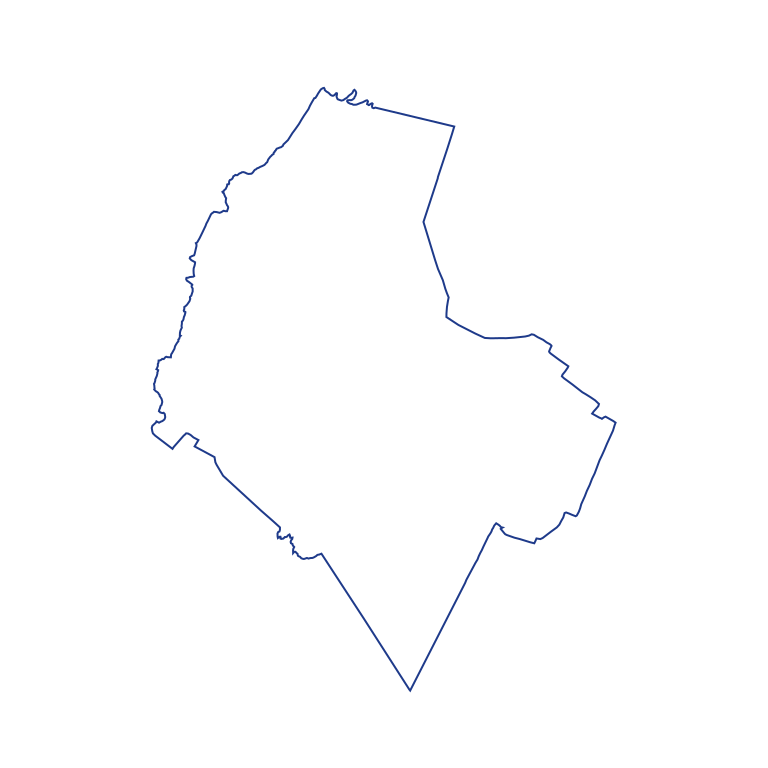 outline of Thma Koul, Batdâmbâng, Cambodia, rotated 297°
{"feature_id": "14789045B92416650165307", "entity_name": "Thma Koul", "entity_type": "district", "adm_level": 2, "iso_a3": "KHM", "parent_name": "Cambodia", "parent_adm1": "Batdâmbâng", "projection": "orthographic", "projection_center": [103.109, 13.249], "detail": "fine", "context": "isolated", "style": "outline", "palette": "blue", "viewbox_px": 768, "rotation_deg": 297, "n_neighbors": 0, "source": "geoboundaries", "source_scale": "gbopen_adm2", "svg_char_len": 6166}
<svg xmlns="http://www.w3.org/2000/svg" viewBox="0 0 768 768"><g transform="rotate(297 384 384)"><path d="M230.2,225.0L232.3,225.2L247.2,229.0L248.2,229.5L250.2,230.1L250.9,231.9L250.8,234.8L249.9,238.5L249.8,244.1L242.4,243.6L241.9,266.2L237.7,269.3L236.1,271.4L229.2,282.3L215.4,331.8L211.7,346.4L209.9,353.1L209.0,356.4L206.8,357.5L205.1,357.8L204.0,356.9L202.4,357.0L199.7,358.5L198.6,359.4L200.4,360.2L200.9,361.1L200.2,361.7L199.3,361.9L199.3,362.8L200.6,364.5L202.6,365.1L203.0,366.0L203.9,366.8L205.8,367.3L207.0,368.1L206.2,369.1L205.2,369.6L204.5,370.4L205.6,372.2L204.2,372.6L202.5,372.2L200.9,372.5L199.9,373.4L199.9,375.1L199.2,375.6L198.7,376.2L198.0,378.0L195.9,378.0L194.5,378.5L192.1,379.8L193.7,380.2L194.3,381.3L193.6,383.1L193.5,384.0L192.8,384.5L191.9,385.3L191.8,386.3L191.9,387.7L191.2,389.4L191.3,390.4L191.5,391.5L192.0,392.4L194.0,394.3L194.2,396.0L195.4,397.3L196.6,399.3L197.8,400.3L200.0,401.7L201.4,402.2L202.0,402.8L202.4,403.5L204.4,405.3L165.6,472.9L123.2,545.4L122.7,546.5L243.6,546.6L246.9,546.3L266.3,546.7L270.1,547.0L273.5,546.6L277.0,546.5L280.3,546.6L284.2,546.4L293.7,546.2L295.4,546.1L299.2,546.6L301.4,546.7L303.5,546.4L305.1,546.6L307.9,546.5L310.8,547.2L310.6,549.7L310.3,551.4L309.7,552.8L309.6,553.6L309.9,554.8L308.8,554.1L307.9,553.8L305.6,559.1L305.2,560.2L305.2,562.0L306.3,570.1L307.5,575.4L309.4,586.3L310.3,590.2L312.4,590.2L315.6,590.0L316.8,593.7L318.8,595.3L328.0,599.7L334.7,603.1L338.3,604.1L342.3,604.1L346.5,604.3L351.0,603.5L352.2,604.6L352.6,607.7L352.8,611.1L353.2,614.8L354.4,615.5L358.6,615.6L362.2,615.2L366.5,614.3L375.0,613.9L380.8,613.3L387.5,613.1L394.0,612.4L400.0,612.3L413.9,610.7L419.1,610.6L425.3,610.3L431.9,609.8L439.2,609.5L446.4,609.2L451.9,608.2L454.7,607.9L455.1,605.1L455.5,596.2L454.0,595.0L451.9,594.0L452.0,592.9L451.8,591.1L452.1,582.9L454.8,583.3L457.7,584.1L461.5,585.0L463.8,584.6L465.3,579.5L466.0,573.9L466.5,568.2L466.7,564.5L469.1,552.2L470.8,541.8L471.6,539.0L473.4,538.8L477.5,539.7L482.1,540.3L483.5,540.2L485.1,528.9L486.8,518.8L487.3,517.1L488.0,516.3L491.8,516.0L494.0,516.0L494.4,515.3L494.8,513.6L494.9,509.9L495.6,505.8L495.5,499.7L495.9,495.2L495.3,493.0L492.9,491.2L490.4,488.2L484.3,478.8L480.2,471.9L478.1,467.6L473.3,458.6L470.8,452.9L470.4,442.5L470.4,423.5L472.0,409.2L475.5,407.5L481.3,405.1L486.9,403.3L490.5,402.3L493.5,398.8L496.7,395.4L503.2,389.3L511.0,379.9L517.7,373.2L546.3,345.6L591.8,338.5L592.8,338.1L622.3,333.6L637.5,331.1L645.3,329.7L626.3,250.7L625.1,249.7L624.9,248.2L626.1,247.1L628.5,246.7L628.7,245.9L627.9,245.2L627.0,244.6L626.0,244.3L625.5,243.6L625.8,242.7L625.7,241.9L626.6,241.6L627.8,241.6L628.6,241.4L629.1,240.1L628.4,239.3L626.9,238.2L625.2,237.0L623.7,235.5L620.5,232.7L619.6,231.3L618.9,229.9L618.9,228.3L618.4,226.8L618.4,225.8L618.4,224.5L618.7,223.6L619.3,222.7L620.2,222.7L621.6,224.9L621.8,225.7L623.0,226.8L625.1,227.7L626.4,227.5L627.9,227.7L630.5,227.2L631.3,226.7L631.8,226.0L632.3,225.3L632.7,224.1L631.7,223.6L629.2,223.7L627.5,223.1L626.2,222.4L624.7,221.7L622.2,221.0L620.0,219.6L618.5,218.9L617.2,217.4L616.9,215.4L616.7,213.4L617.6,212.2L618.6,211.2L620.2,210.8L621.6,210.2L621.5,209.4L618.8,208.6L617.6,207.7L617.3,206.4L617.3,205.3L618.1,203.0L618.4,201.5L618.4,200.1L619.0,197.8L620.0,197.1L620.6,196.1L619.7,195.1L617.8,194.0L612.9,193.4L610.2,193.3L607.7,193.0L607.0,192.1L601.8,191.8L598.4,191.7L594.6,191.9L593.7,191.8L586.8,190.9L582.3,190.5L577.0,190.2L570.8,189.3L566.2,188.5L557.7,187.7L551.7,185.6L550.4,185.8L548.3,184.8L547.3,183.7L546.0,182.6L545.1,181.7L544.0,181.4L543.0,181.5L542.2,181.1L541.3,181.2L540.4,180.8L539.7,180.8L538.9,181.2L537.3,180.3L536.1,180.0L534.8,179.5L531.5,178.9L528.6,179.2L527.2,178.6L525.8,178.3L524.9,178.0L523.1,176.7L521.1,175.0L519.5,174.0L518.7,173.1L517.2,172.5L516.2,171.7L515.1,171.4L514.0,171.3L512.6,171.0L511.3,170.5L510.6,169.5L509.6,167.8L509.3,166.2L509.3,164.3L509.0,162.6L508.1,161.2L507.0,160.6L505.8,159.5L504.5,159.0L503.4,158.4L503.0,157.5L502.8,156.6L501.7,156.2L500.8,155.5L498.3,155.7L496.8,155.1L495.8,154.1L494.6,154.0L493.5,154.3L492.4,155.0L491.5,155.0L491.2,154.3L490.6,153.7L489.1,154.3L485.8,154.4L484.4,153.7L483.2,153.6L481.9,152.8L481.3,153.5L481.4,154.5L479.8,156.2L478.4,158.0L477.9,159.0L476.0,159.6L474.0,160.5L473.3,161.5L472.1,162.9L471.5,164.1L470.8,164.9L469.7,165.3L467.9,165.5L466.7,165.7L466.1,164.6L465.5,162.4L463.2,161.0L461.9,159.8L461.2,156.8L460.2,154.3L459.1,153.9L458.4,153.4L456.7,152.8L449.2,153.0L446.3,152.9L443.9,153.2L436.4,153.4L430.2,153.5L426.1,153.3L425.0,153.1L424.1,152.4L423.0,153.7L421.7,154.3L414.0,156.2L412.5,156.4L410.5,154.6L409.0,153.6L407.7,153.9L406.9,156.1L406.7,160.4L405.6,160.9L403.3,161.5L400.7,161.9L398.6,162.8L395.8,164.4L394.0,165.9L393.0,165.3L391.2,162.5L389.7,161.1L388.9,159.8L387.6,160.1L386.6,161.4L386.2,164.8L385.9,165.8L385.8,167.1L385.3,168.2L384.4,168.0L383.7,168.2L382.9,168.9L382.3,170.1L379.6,171.5L377.5,171.8L375.2,172.2L373.6,171.6L372.6,172.0L372.0,172.7L369.5,173.1L365.2,172.5L363.2,171.8L361.9,171.1L360.2,172.0L358.6,172.2L357.9,172.9L358.1,174.2L357.3,174.7L356.0,174.9L354.9,175.2L352.9,175.3L350.4,176.0L349.1,176.0L347.9,175.6L345.8,176.6L343.7,177.3L342.4,178.3L340.8,178.3L339.1,178.4L337.1,178.9L334.7,180.0L334.7,181.0L333.5,180.6L331.3,181.0L330.2,180.6L328.7,181.4L327.2,181.0L325.1,180.8L322.7,180.7L320.3,181.3L315.0,181.1L314.1,180.9L313.2,181.1L311.0,182.0L309.7,179.1L309.4,177.6L308.7,177.1L307.7,176.8L306.2,176.4L305.7,175.0L304.6,174.6L303.2,173.6L302.6,172.5L300.4,173.4L299.1,173.4L297.5,174.3L294.7,174.6L293.9,174.5L293.8,176.5L292.6,176.8L291.4,176.8L290.6,177.3L288.0,177.9L284.3,178.1L283.0,178.7L280.5,179.1L279.7,179.0L278.0,180.3L277.0,180.8L276.0,181.6L274.8,181.7L274.1,183.6L273.9,184.5L273.9,185.3L273.6,186.8L273.0,187.6L272.3,189.2L271.6,189.4L269.9,192.4L268.3,193.9L267.3,194.6L264.3,195.3L262.9,194.9L260.5,195.4L259.5,195.4L257.6,195.8L257.4,196.7L257.1,197.6L257.5,199.8L258.3,200.7L257.7,202.3L255.2,204.1L253.7,204.4L252.6,204.4L250.4,203.4L249.2,202.3L247.4,201.1L247.4,198.2L246.2,198.3L241.6,196.6L239.4,197.0L236.8,198.9L235.1,200.5L234.1,203.6L230.2,225.0Z" fill="none" stroke="#1e3a8a" stroke-width="2"/></g></svg>